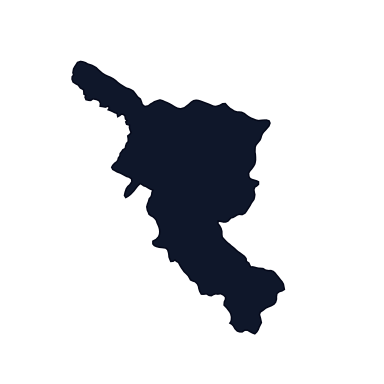 the district of Uruana de Minas, Minas Gerais, Brazil, rotated 347°
{"feature_id": "56859067B46615656521391", "entity_name": "Uruana de Minas", "entity_type": "district", "adm_level": 2, "iso_a3": "BRA", "parent_name": "Brazil", "parent_adm1": "Minas Gerais", "projection": "orthographic", "projection_center": [-46.329, -16.099], "detail": "fine", "context": "isolated", "style": "filled", "palette": "ink", "viewbox_px": 384, "rotation_deg": 347, "n_neighbors": 0, "source": "geoboundaries", "source_scale": "gbopen_adm2", "svg_char_len": 4585}
<svg xmlns="http://www.w3.org/2000/svg" viewBox="0 0 384 384"><g transform="rotate(347 192 192)"><path d="M109.6,40.0L107.6,42.0L106.1,43.4L104.3,45.4L102.8,49.0L103.0,51.4L101.2,52.7L100.5,55.1L100.9,58.1L103.0,60.3L105.2,62.2L106.6,65.5L109.3,67.9L109.1,70.2L108.7,72.4L110.3,74.0L109.1,75.5L109.5,78.2L112.2,79.5L114.0,80.0L116.4,78.9L119.9,80.5L122.0,82.1L122.8,84.8L121.8,87.8L124.0,88.6L126.7,89.8L129.6,89.5L130.4,91.5L128.8,93.0L131.0,94.4L133.1,96.0L134.6,97.3L136.7,98.6L136.6,101.9L138.9,101.2L140.6,100.3L142.5,100.9L143.8,102.8L143.6,105.9L144.9,107.7L143.2,108.8L143.5,111.3L146.2,112.8L145.5,115.3L145.6,117.7L146.1,120.2L144.4,121.8L142.0,122.9L141.8,125.7L141.2,128.5L139.1,130.0L137.8,132.1L136.7,134.6L134.1,135.3L132.6,136.8L130.7,138.3L129.8,140.7L127.9,142.3L127.0,144.2L125.5,145.6L123.1,146.6L120.8,148.2L119.3,149.9L119.9,152.2L121.7,153.8L123.6,155.6L126.4,157.4L129.5,160.1L131.9,162.2L133.8,163.2L136.0,165.4L135.8,168.3L133.0,171.0L130.7,172.2L128.7,174.1L126.8,177.2L125.4,180.2L126.2,182.5L128.6,181.8L131.5,180.5L135.6,177.8L138.6,175.3L140.2,174.0L143.3,172.1L144.8,173.3L146.4,175.1L148.3,176.2L149.9,177.8L151.7,179.5L154.3,181.4L152.9,183.4L152.2,185.4L151.1,187.3L148.8,189.0L147.4,191.6L145.9,193.8L144.6,196.3L144.4,199.7L144.9,202.0L145.1,204.0L146.7,205.9L148.2,207.1L149.7,209.1L150.9,211.6L151.1,214.2L151.5,216.1L151.9,218.5L152.0,220.8L151.7,223.3L150.9,225.8L149.4,228.1L146.5,230.1L142.8,231.1L142.2,233.8L143.2,235.7L145.2,237.2L147.7,238.5L150.7,239.5L153.8,240.7L155.3,242.8L155.5,246.0L155.3,248.3L155.0,250.2L155.3,252.4L155.7,254.9L158.1,255.2L160.1,254.4L161.3,256.1L163.0,257.6L163.8,260.8L164.6,263.3L165.4,265.3L166.4,267.8L168.0,270.2L169.5,272.7L170.3,275.4L170.8,277.3L172.7,278.8L175.0,280.2L176.6,282.8L177.1,285.3L177.0,287.8L177.2,290.5L178.1,293.6L180.3,294.2L183.2,294.5L185.4,296.6L187.5,297.4L189.8,296.7L192.1,296.5L194.2,297.3L197.1,297.5L199.6,299.6L201.0,301.8L200.5,304.1L198.8,306.3L197.8,309.4L199.8,312.7L201.0,315.4L201.9,317.4L202.4,319.4L202.4,322.6L201.7,325.1L200.9,326.9L199.4,328.3L201.0,329.7L202.2,331.7L203.2,335.0L204.8,337.6L206.8,338.9L209.4,339.6L212.3,338.5L215.0,339.1L217.0,341.0L219.2,342.9L221.3,344.3L223.6,342.9L225.6,340.9L227.1,338.6L228.5,336.9L230.2,334.9L230.3,330.5L230.1,326.6L231.5,324.4L234.6,323.2L237.7,321.7L240.6,321.1L243.8,320.6L246.7,319.7L248.7,318.1L250.2,315.4L250.7,313.0L251.9,310.0L254.7,308.7L257.4,308.6L260.1,307.7L260.3,302.3L259.5,299.6L258.4,297.5L257.0,294.4L255.6,291.7L254.7,289.7L253.3,287.7L251.2,286.3L249.0,285.9L246.1,284.7L244.0,282.6L241.9,281.9L239.8,281.3L237.8,280.4L236.2,279.5L234.3,278.6L232.4,278.3L231.8,276.4L231.4,274.0L229.4,271.9L229.7,269.0L228.6,266.5L226.6,264.1L225.0,262.2L223.3,260.4L222.0,258.6L220.7,256.6L219.3,254.8L217.9,253.1L216.8,251.4L215.5,249.9L214.2,248.0L212.7,245.4L211.3,242.8L211.5,240.3L212.2,237.1L212.1,234.1L211.3,231.1L210.1,228.6L211.0,226.2L213.6,227.2L216.1,228.4L218.2,228.8L220.5,228.4L222.4,227.1L224.1,226.0L226.2,226.0L228.6,225.3L230.5,224.6L232.8,224.3L235.8,225.3L238.8,224.5L240.6,223.0L242.1,221.5L243.9,219.8L245.7,218.0L247.3,216.1L248.9,214.7L250.6,213.2L251.6,211.3L252.6,208.7L252.6,206.5L252.8,203.7L254.3,201.3L256.3,200.7L258.5,199.5L259.1,197.0L257.5,195.7L255.2,194.4L253.1,193.2L251.5,191.8L250.9,189.6L251.4,186.3L253.2,184.4L255.3,182.9L257.7,180.8L259.5,178.8L260.4,176.9L261.1,175.1L261.7,172.4L262.2,169.4L262.3,167.4L263.0,164.7L263.7,162.3L265.0,160.5L266.9,159.0L268.6,157.7L270.1,156.5L271.3,154.8L272.3,152.9L273.7,151.0L275.3,149.6L277.6,148.1L279.5,146.7L281.8,145.0L283.5,142.4L283.1,140.0L280.6,138.6L278.0,138.1L276.1,137.8L272.8,137.4L270.3,136.2L268.5,134.9L266.0,133.2L263.8,131.2L262.4,129.6L260.6,127.3L258.3,125.5L256.0,124.7L254.0,124.2L251.4,122.7L249.4,120.6L247.8,119.1L245.9,116.3L244.3,113.3L241.7,112.9L238.6,113.8L235.7,114.0L233.8,113.9L231.7,112.9L230.1,111.7L227.9,110.1L224.7,108.0L222.3,106.4L220.3,105.1L218.4,104.1L216.6,103.5L214.1,103.4L211.5,104.3L208.5,106.0L206.0,107.1L203.6,108.2L199.6,108.4L196.6,107.1L194.2,105.1L191.9,102.8L189.9,101.0L187.9,99.4L185.6,97.8L184.0,96.5L181.5,95.1L178.6,95.3L175.6,95.6L173.6,96.4L171.6,96.9L168.9,98.2L165.2,98.1L163.2,95.5L163.0,92.7L162.6,89.8L160.4,87.1L159.1,84.0L157.5,80.5L155.4,78.5L153.5,77.1L151.7,76.2L150.0,74.7L147.7,72.4L146.0,70.7L144.1,68.4L142.7,66.3L140.7,64.0L138.3,61.9L135.9,60.2L133.5,58.3L131.3,56.1L130.0,54.3L128.3,52.0L126.6,49.3L125.0,47.8L122.9,46.0L120.7,44.7L119.0,43.7L117.4,42.1L115.1,40.7L112.8,39.7L109.6,40.0Z" fill="#0f172a" stroke="#020617" stroke-width="1.5"/></g></svg>